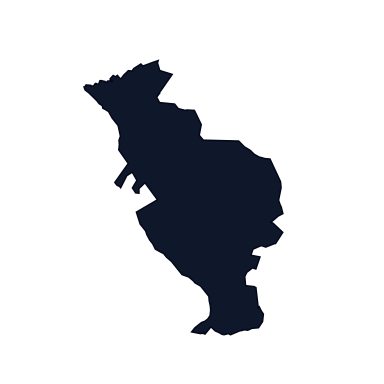 Mikang, Plateau, Nigeria, rotated 54°
{"feature_id": "59680162B72495617993590", "entity_name": "Mikang", "entity_type": "district", "adm_level": 2, "iso_a3": "NGA", "parent_name": "Nigeria", "parent_adm1": "Plateau", "projection": "orthographic", "projection_center": [9.594, 9.02], "detail": "fine", "context": "isolated", "style": "filled", "palette": "ink", "viewbox_px": 384, "rotation_deg": 54, "n_neighbors": 0, "source": "geoboundaries", "source_scale": "gbopen_adm2", "svg_char_len": 2227}
<svg xmlns="http://www.w3.org/2000/svg" viewBox="0 0 384 384"><g transform="rotate(54 192 192)"><path d="M305.0,274.5L311.4,268.5L312.8,266.1L314.6,265.0L312.2,255.9L317.9,254.9L321.9,252.6L324.9,251.3L326.3,249.9L328.0,245.7L330.1,244.8L332.4,235.0L333.4,233.0L334.2,230.7L336.6,228.1L337.5,223.7L340.9,218.0L338.3,211.1L332.7,206.0L329.1,205.9L324.3,205.1L324.6,206.5L306.9,196.5L305.0,197.4L299.3,203.7L291.4,199.0L289.2,195.0L288.9,187.7L291.8,185.6L288.7,181.2L284.5,175.2L277.8,181.5L274.1,176.3L276.0,167.5L279.9,164.7L282.4,155.0L282.8,154.7L278.0,142.3L264.8,144.8L262.9,146.2L262.1,136.4L262.9,131.2L256.7,128.7L253.3,128.0L249.5,126.8L240.9,117.4L235.6,114.3L211.5,109.6L211.2,109.5L208.0,113.2L202.9,117.3L198.0,119.5L192.6,120.4L186.2,123.1L178.2,124.3L156.7,152.4L150.3,152.8L142.9,144.9L127.4,142.1L122.5,148.1L122.2,149.3L116.5,154.1L110.6,154.4L100.6,165.7L94.5,164.9L93.4,161.3L93.2,161.9L85.2,138.9L74.8,146.7L67.3,144.1L65.8,142.1L64.2,147.2L62.4,153.7L61.2,157.7L58.4,158.1L58.0,164.7L57.9,166.6L58.9,169.4L56.4,172.2L56.9,175.3L57.3,178.5L58.6,182.5L57.7,183.6L53.8,183.8L53.8,186.2L51.4,187.3L52.3,191.7L53.4,192.2L54.7,191.0L55.6,191.1L55.4,192.0L54.1,192.8L52.6,195.2L53.2,196.3L52.9,197.2L51.6,197.3L48.3,200.2L47.9,201.1L49.7,203.9L49.5,204.9L47.6,205.9L47.5,207.0L48.3,209.2L47.4,211.2L46.3,211.1L43.1,214.8L44.0,217.1L43.6,217.6L46.6,218.5L51.4,217.1L62.2,215.3L65.9,215.2L69.4,213.8L71.9,214.9L74.3,213.6L77.9,212.2L85.2,213.1L90.0,212.9L94.9,212.7L102.3,216.0L104.8,217.1L107.3,220.7L111.1,223.0L114.9,226.5L131.5,226.8L138.9,248.8L142.5,248.7L144.9,247.3L146.6,247.2L140.5,235.3L140.8,228.7L150.2,229.7L153.7,237.8L159.6,238.1L161.8,235.6L158.0,232.9L156.9,224.6L162.3,224.6L162.6,224.6L178.0,224.5L175.6,248.8L187.6,252.8L191.2,252.6L196.1,252.4L199.7,253.4L199.7,253.5L205.9,254.4L210.7,254.2L216.8,255.2L222.7,252.4L225.1,251.1L229.9,250.9L235.9,249.4L244.4,249.0L244.7,249.0L250.5,248.7L252.9,248.6L258.8,244.6L264.7,243.1L267.2,243.0L273.1,240.3L276.7,240.1L281.6,239.9L286.4,239.7L290.1,242.0L295.1,244.2L298.8,246.5L300.1,247.7L302.6,250.0L304.0,253.7L304.2,257.3L303.2,261.1L303.3,263.5L303.6,269.7L304.3,272.1L305.0,274.5Z" fill="#0f172a" stroke="#020617" stroke-width="1.5"/></g></svg>